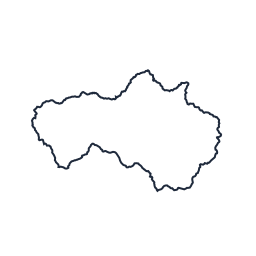 outline of San Miguel, Cajamarca, Peru, rotated 212°
{"feature_id": "86281439B14604088738254", "entity_name": "San Miguel", "entity_type": "district", "adm_level": 2, "iso_a3": "PER", "parent_name": "Peru", "parent_adm1": "Cajamarca", "projection": "mercator", "projection_center": [-78.987, -6.973], "detail": "fine", "context": "isolated", "style": "outline", "palette": "slate", "viewbox_px": 256, "rotation_deg": 212, "n_neighbors": 0, "source": "geoboundaries", "source_scale": "gbopen_adm2", "svg_char_len": 5810}
<svg xmlns="http://www.w3.org/2000/svg" viewBox="0 0 256 256"><g transform="rotate(212 128 128)"><path d="M58.6,184.3L59.1,183.8L60.5,183.8L61.6,183.1L62.9,183.9L63.3,183.9L66.0,183.2L66.5,183.7L68.2,183.6L70.4,182.5L71.0,182.0L71.2,181.4L71.8,181.1L74.8,182.1L75.6,181.4L76.1,181.4L77.2,181.7L78.5,182.8L78.9,182.9L79.4,182.9L81.0,181.9L82.6,181.3L85.5,183.2L87.4,182.0L88.3,181.7L88.8,180.2L89.2,180.0L90.2,179.9L90.5,180.1L90.8,180.7L91.6,180.9L92.6,181.9L93.6,182.7L95.0,183.1L95.5,184.5L96.4,185.8L97.2,186.5L97.4,187.3L97.1,188.8L97.9,189.0L99.3,190.0L99.5,190.7L99.5,193.1L100.1,194.7L99.8,196.3L100.0,197.1L100.6,197.9L102.2,197.9L102.6,197.7L103.9,196.0L106.6,194.6L106.7,194.2L106.2,193.1L106.5,192.3L107.1,192.0L107.6,191.6L107.5,191.2L107.2,190.6L107.7,189.5L107.5,188.5L108.0,188.0L107.9,187.7L108.2,186.8L109.5,185.8L110.0,183.5L111.0,183.4L111.5,183.1L112.1,181.9L112.2,181.3L113.3,181.3L115.6,180.4L116.8,179.4L117.9,179.6L118.5,179.5L119.1,179.8L119.6,179.8L120.8,181.2L123.0,181.4L123.3,181.9L124.4,182.7L126.3,182.5L127.2,182.1L128.0,182.3L128.5,182.2L128.9,182.5L129.7,182.7L130.7,182.2L131.4,181.6L131.9,181.7L132.4,182.5L131.9,183.2L132.0,183.5L133.4,184.1L134.9,186.0L135.8,185.7L136.5,185.8L137.4,185.3L138.7,186.0L140.3,187.4L141.6,187.5L141.7,186.6L142.4,186.4L143.1,185.8L143.5,184.1L145.2,182.7L145.6,182.0L146.4,181.3L147.0,179.8L148.5,179.0L148.7,178.2L149.3,177.4L148.9,176.2L149.0,175.2L149.4,174.5L149.9,174.6L150.3,173.9L150.2,172.8L151.1,170.2L150.7,169.4L150.7,169.0L149.8,168.2L150.1,166.9L150.7,166.2L150.3,164.9L150.6,162.6L150.5,162.2L150.1,162.0L150.2,160.9L150.2,160.1L149.9,159.1L149.9,158.7L150.1,158.5L150.0,157.6L151.0,157.1L151.5,156.5L151.5,156.0L152.4,155.6L152.4,154.5L151.8,152.2L152.0,151.9L151.9,151.2L152.4,150.9L152.5,150.4L153.2,149.5L153.2,148.8L153.9,148.2L154.8,148.1L154.4,147.6L153.9,147.2L154.1,146.6L154.0,146.1L154.2,145.6L154.7,145.2L155.3,145.2L155.9,144.9L156.8,143.6L158.7,143.1L160.1,143.0L161.3,141.7L163.1,141.2L163.5,140.6L164.3,140.1L164.9,140.2L166.4,139.9L166.9,139.5L167.5,139.6L168.4,139.5L168.9,139.8L169.8,139.7L172.0,140.7L172.5,140.5L173.8,140.7L174.3,140.2L175.0,140.1L175.1,139.6L176.1,139.5L176.7,139.1L176.6,138.5L177.7,138.1L177.7,137.7L178.7,136.9L178.7,136.4L179.0,136.0L180.3,134.8L184.7,134.8L185.2,134.7L185.8,133.7L185.7,133.1L186.1,132.1L185.6,130.7L185.9,130.2L185.9,129.5L186.1,128.6L186.5,128.2L188.3,127.0L189.7,126.8L191.0,125.5L192.0,125.0L193.5,123.0L194.4,122.4L194.9,121.4L196.1,120.4L196.2,120.1L196.1,119.5L196.2,118.4L196.9,118.2L197.0,117.9L197.3,114.3L197.8,113.6L198.3,113.4L198.6,112.7L199.5,112.1L200.4,112.2L201.3,111.5L202.0,111.5L202.7,111.1L206.6,111.5L208.0,110.7L209.4,108.5L211.6,107.4L212.2,105.5L212.8,105.0L213.4,103.8L213.0,101.4L213.4,99.4L213.7,99.0L214.2,98.7L215.1,98.5L216.3,97.8L216.1,97.2L216.3,96.4L216.3,95.6L217.1,93.8L217.0,93.3L215.0,92.5L213.7,92.2L213.0,91.7L213.1,91.0L213.5,89.7L212.4,88.6L211.8,87.2L212.9,86.9L213.1,86.8L213.5,85.1L213.3,83.3L211.7,81.9L211.2,81.0L210.6,80.5L210.6,79.7L210.3,79.3L209.6,79.2L208.5,78.4L207.7,78.6L207.2,78.5L206.8,78.3L205.8,77.0L204.6,76.8L203.3,75.9L200.7,75.2L200.1,74.3L198.6,72.9L197.5,70.9L196.7,70.7L194.8,72.6L194.0,72.8L193.7,72.7L190.7,69.9L190.4,70.7L190.0,70.9L189.3,71.0L188.6,70.8L187.4,70.1L185.8,71.3L184.5,71.1L184.1,71.3L183.8,71.2L182.9,70.3L181.5,69.5L180.8,69.3L179.9,68.4L179.4,67.1L178.5,66.6L177.8,66.4L176.2,65.6L173.9,64.0L172.9,61.9L171.7,61.4L171.0,60.8L167.8,60.1L166.5,58.9L166.3,58.1L165.4,58.5L164.7,59.5L164.2,59.7L161.7,60.5L160.5,60.3L159.1,60.7L158.4,61.2L157.7,62.2L157.5,62.7L158.4,63.6L158.5,64.2L158.1,65.3L158.7,67.0L158.2,69.7L156.8,71.3L156.2,72.3L155.5,72.7L154.7,73.9L154.0,74.4L153.7,75.2L152.7,76.2L151.7,78.1L151.5,78.9L152.2,79.7L152.2,80.4L151.3,81.2L150.5,82.7L149.4,83.6L149.0,84.3L149.7,85.8L149.2,86.8L149.4,88.2L150.4,89.8L150.5,90.4L150.1,92.6L150.4,93.9L150.2,94.5L149.9,95.8L149.2,96.2L148.7,96.3L147.0,96.0L146.2,96.5L145.1,96.7L141.8,96.7L139.7,95.7L138.7,95.8L138.2,95.7L137.5,94.9L136.7,94.8L136.3,95.0L135.2,96.4L134.3,96.7L133.4,96.7L130.9,97.1L129.8,97.7L128.1,99.8L127.0,100.3L125.8,100.6L124.4,100.3L120.5,98.5L119.5,98.0L117.5,96.2L115.3,94.9L112.3,94.2L110.0,94.8L109.4,94.6L108.8,94.1L108.2,94.0L107.1,94.7L106.5,95.9L105.2,96.4L104.0,98.2L103.7,99.4L103.7,101.5L102.2,102.6L100.4,103.4L99.7,103.0L97.2,102.8L95.8,102.4L94.9,101.8L93.4,101.7L92.8,101.4L92.1,101.6L91.0,101.3L89.5,101.2L89.1,101.6L88.3,101.7L87.9,102.2L85.9,101.4L84.7,101.3L84.6,101.2L84.4,100.4L83.7,99.3L83.6,98.4L83.2,98.4L82.0,99.2L81.4,99.0L80.9,98.6L80.7,97.3L79.7,96.8L79.3,96.5L78.7,96.5L76.9,95.9L76.3,94.6L75.5,94.0L75.1,93.3L74.0,92.3L73.1,91.8L72.2,91.8L71.6,91.4L71.1,91.3L70.7,90.7L69.7,90.3L69.3,91.6L67.6,93.4L66.9,95.0L67.0,96.2L66.6,98.1L65.3,99.5L64.1,100.1L63.3,99.8L61.4,100.0L60.1,99.6L59.3,99.8L58.5,100.4L57.3,100.0L55.9,99.7L53.9,101.5L53.6,102.5L53.8,103.5L53.4,104.1L47.8,105.8L46.7,107.5L46.3,108.5L45.5,108.9L44.0,110.2L43.9,112.6L44.2,114.2L44.0,115.0L44.2,116.2L46.1,118.2L46.6,119.0L46.9,120.1L46.8,121.2L45.7,122.5L45.5,123.1L45.5,124.1L45.9,125.2L45.9,125.5L44.9,127.0L45.3,128.1L45.4,129.4L46.4,131.8L46.3,132.5L46.0,133.0L46.1,133.3L46.6,134.0L47.5,134.8L47.5,135.0L47.2,135.8L44.9,136.7L44.3,138.0L44.3,138.9L41.9,139.7L41.7,141.0L41.1,141.2L40.7,142.1L40.3,144.6L38.9,149.1L39.6,151.2L39.9,152.7L39.8,153.0L39.1,153.7L39.4,154.5L40.2,155.5L40.6,155.7L41.4,156.1L42.3,156.0L43.5,157.4L43.8,159.0L43.6,161.0L43.8,163.0L43.3,164.4L43.3,164.9L43.7,165.4L44.9,166.2L47.2,166.8L47.6,167.2L47.4,167.6L46.5,168.0L45.2,170.2L45.4,171.5L46.4,172.2L47.9,172.2L48.6,172.5L49.1,173.1L51.4,174.0L51.8,174.7L51.9,175.6L51.4,176.8L51.4,177.2L52.6,178.6L53.0,179.9L53.0,180.4L54.2,181.1L54.4,181.9L55.0,183.1L58.6,184.3Z" fill="none" stroke="#1e293b" stroke-width="2"/></g></svg>